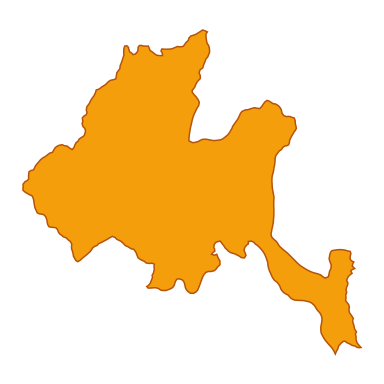 outline of Turmalina, Minas Gerais, Brazil
{"feature_id": "56859067B92924198369136", "entity_name": "Turmalina", "entity_type": "district", "adm_level": 2, "iso_a3": "BRA", "parent_name": "Brazil", "parent_adm1": "Minas Gerais", "projection": "orthographic", "projection_center": [-42.797, -17.256], "detail": "fine", "context": "isolated", "style": "filled", "palette": "amber", "viewbox_px": 384, "rotation_deg": 0, "n_neighbors": 0, "source": "geoboundaries", "source_scale": "gbopen_adm2", "svg_char_len": 5947}
<svg xmlns="http://www.w3.org/2000/svg" viewBox="0 0 384 384"><path d="M23.0,190.3L25.2,192.2L27.2,193.3L29.4,194.7L31.8,195.6L33.1,197.8L33.7,200.4L34.6,206.4L35.3,208.8L36.4,210.8L37.2,212.8L39.5,213.9L42.1,214.2L43.9,214.8L45.7,216.7L46.9,220.0L47.3,222.9L47.9,225.0L49.2,226.9L56.0,227.8L57.5,229.6L58.5,232.3L59.8,234.0L61.6,235.3L63.4,236.9L66.2,237.8L68.4,240.1L70.4,241.5L71.7,243.9L71.5,246.8L71.6,248.8L73.0,253.0L73.4,256.1L75.9,260.6L77.8,261.7L80.0,260.4L83.1,257.6L86.5,254.9L89.9,251.9L91.6,249.7L93.0,247.5L95.1,246.2L97.0,245.5L98.7,243.6L101.7,242.3L107.7,239.1L110.0,237.6L112.4,236.4L115.2,237.6L116.8,239.3L121.0,241.3L123.1,243.2L125.4,245.7L127.3,246.4L129.2,247.5L131.3,248.9L133.6,249.2L135.8,252.0L138.0,257.7L140.1,259.4L144.1,261.2L146.2,263.0L149.4,263.5L151.9,263.2L154.3,264.1L154.0,266.7L154.3,269.6L153.3,273.3L152.1,275.3L152.5,277.4L150.3,283.1L148.6,285.3L146.7,286.5L148.2,288.1L151.7,288.0L154.2,287.7L156.4,287.9L158.6,288.6L160.7,290.1L162.8,290.5L165.9,290.5L168.5,289.6L170.7,288.7L172.7,287.5L174.3,285.1L175.3,281.7L176.7,279.3L179.2,278.8L182.5,280.0L184.1,282.2L184.9,285.1L185.4,287.7L186.3,289.6L187.6,291.2L190.2,293.2L193.6,293.3L195.8,292.1L197.6,290.2L199.3,286.2L201.9,278.9L202.9,276.5L204.1,274.4L205.9,272.4L208.2,271.5L211.0,271.5L214.3,270.7L216.0,269.2L217.5,267.1L220.0,264.7L219.9,260.8L218.8,259.1L217.7,256.9L216.8,254.3L214.4,255.2L211.6,254.3L212.8,252.7L214.8,251.2L214.6,249.0L213.7,247.3L214.5,243.9L216.0,242.3L218.0,241.5L220.2,241.1L224.1,246.2L225.5,248.4L227.0,249.6L228.3,251.1L230.3,252.5L235.1,254.0L238.8,255.9L241.6,257.7L244.5,257.9L246.0,255.3L244.0,249.9L245.1,246.9L246.8,245.0L248.4,243.8L248.3,241.5L251.3,241.1L253.7,242.1L255.2,243.9L257.2,245.3L259.2,247.1L261.4,249.5L263.4,252.1L264.8,254.5L266.3,258.1L267.8,262.9L267.9,265.0L268.5,268.0L269.4,270.8L272.5,277.6L274.4,280.3L277.1,282.3L278.9,284.5L280.0,286.6L280.8,288.9L282.3,291.1L284.5,293.2L288.1,295.1L290.8,298.2L292.8,299.4L294.6,300.1L297.2,300.3L301.9,300.5L304.2,300.7L309.5,301.9L311.9,303.2L314.5,305.6L316.1,308.3L317.7,310.6L319.7,312.7L321.2,315.4L321.9,317.8L322.0,319.8L321.7,322.4L321.1,325.3L320.8,327.5L320.8,330.4L321.2,333.1L323.7,337.9L325.1,340.1L328.9,344.6L330.8,346.6L332.5,348.7L334.2,351.6L335.3,354.0L336.4,351.3L337.8,349.0L338.8,345.6L341.3,343.0L343.2,341.4L345.0,341.2L346.7,342.6L349.8,344.0L352.3,345.5L354.8,345.9L356.7,347.2L359.0,347.7L361.0,347.5L357.4,343.4L356.5,341.2L356.0,339.1L356.1,336.7L355.4,334.0L356.5,331.9L354.6,329.0L354.0,325.9L353.1,323.1L352.6,321.0L353.3,318.4L352.0,316.3L349.5,312.7L348.9,310.1L349.4,307.0L348.6,304.5L345.6,300.7L346.0,297.9L345.7,295.2L346.7,292.3L346.0,289.8L346.6,287.3L347.7,284.7L347.8,282.5L346.7,280.9L347.2,278.8L348.4,276.5L350.0,274.9L352.1,273.3L350.8,271.2L352.0,269.7L354.7,268.6L352.3,266.1L352.8,263.6L353.8,262.0L351.6,260.9L350.2,259.3L350.1,256.6L350.9,253.5L350.2,251.4L347.6,250.9L344.9,250.1L342.2,249.7L339.1,249.6L334.2,250.2L331.8,250.7L330.6,252.2L329.8,254.6L329.1,258.9L330.0,261.9L331.2,264.9L330.9,268.6L329.6,271.1L328.4,276.7L325.3,278.1L322.8,276.7L320.7,274.9L317.1,273.6L314.1,272.9L311.0,271.8L306.7,269.7L301.0,266.1L299.2,264.7L296.7,262.4L294.5,260.1L287.5,253.1L281.9,248.5L280.0,246.7L278.7,245.1L277.5,243.0L275.8,240.9L273.8,239.3L271.6,236.9L271.0,233.8L271.6,231.2L271.9,229.1L272.6,226.2L273.3,222.4L273.8,216.0L273.9,209.7L273.7,205.9L273.7,202.4L274.0,197.3L272.3,188.0L271.9,180.9L272.0,177.4L272.4,175.2L273.1,172.9L273.7,170.2L273.9,168.0L274.4,166.1L274.9,162.5L275.2,157.7L276.1,155.2L279.2,151.0L281.5,149.5L282.8,147.4L284.8,146.0L286.9,145.7L288.6,144.8L289.4,142.8L289.6,140.5L290.4,138.6L291.5,136.4L294.1,132.0L295.4,130.3L296.4,128.3L295.3,123.3L295.1,120.3L294.2,118.0L292.2,117.4L290.2,116.6L288.2,116.4L286.3,116.6L283.8,115.6L282.0,113.1L281.5,110.7L280.8,108.7L279.2,106.5L277.4,105.0L275.5,104.0L273.0,103.6L269.0,101.0L267.0,100.4L264.7,102.1L261.7,106.5L259.8,108.5L257.9,108.4L254.8,107.7L252.0,108.3L247.9,109.7L245.4,109.9L242.0,111.4L240.3,113.6L239.5,115.6L237.7,119.2L232.7,126.3L232.0,128.2L229.8,132.1L227.8,134.8L225.2,137.0L223.0,138.7L220.7,139.8L217.2,140.3L213.7,140.6L209.1,139.8L207.3,139.4L205.4,139.2L202.7,139.3L200.3,140.3L198.0,141.6L195.3,142.3L192.9,142.7L190.5,141.7L188.8,140.7L189.3,135.0L190.4,127.9L191.0,125.6L192.2,120.1L192.8,118.0L193.5,115.7L196.3,109.6L197.2,107.8L198.7,105.6L199.3,102.2L198.1,99.6L196.1,96.8L194.1,94.7L192.3,92.4L192.2,90.3L193.5,88.9L194.8,87.0L195.9,84.2L196.8,82.5L198.1,80.8L200.2,78.7L200.4,76.0L199.1,72.8L200.1,69.8L202.7,68.0L203.4,65.5L205.1,61.3L206.0,58.9L207.7,57.0L209.6,52.2L209.5,49.3L209.1,47.1L208.4,45.1L207.2,43.6L206.5,40.5L206.0,37.3L206.0,33.9L207.4,31.9L204.8,30.7L202.5,30.0L200.7,31.3L195.9,34.3L193.2,35.3L190.8,36.0L188.9,38.1L188.3,40.4L186.4,42.1L185.0,43.9L183.4,46.3L180.5,46.9L177.4,46.5L172.0,48.8L169.7,49.1L166.8,49.2L164.4,49.2L161.8,49.0L161.0,51.0L162.3,53.2L162.5,55.6L159.3,55.6L156.3,55.1L151.9,51.6L150.1,50.5L148.4,46.1L143.4,46.1L141.4,45.4L139.3,45.6L138.1,47.3L137.9,50.7L136.8,52.5L135.2,54.1L133.0,54.6L131.5,52.9L129.7,51.9L128.8,49.3L128.4,47.3L126.9,45.8L124.8,46.0L123.9,48.5L123.7,52.2L123.9,55.1L121.7,61.9L120.1,66.0L119.9,68.6L116.8,72.8L115.9,78.8L113.4,79.7L110.5,80.3L108.2,81.8L106.7,83.5L105.2,84.8L103.5,85.9L101.8,86.9L99.9,88.5L98.2,89.4L96.2,90.0L95.4,92.9L93.8,96.1L92.0,98.4L90.5,100.8L89.4,103.3L86.8,106.9L86.3,109.7L87.0,112.9L86.0,114.9L83.6,116.3L82.3,118.1L82.8,121.3L82.1,123.7L82.9,126.4L84.8,128.4L85.5,130.7L85.1,133.1L84.2,135.6L81.6,137.4L79.2,139.0L78.0,141.2L76.0,142.7L74.9,145.0L73.9,147.6L72.1,149.6L69.8,148.2L67.2,146.1L64.4,145.7L62.1,144.7L59.1,145.3L56.7,146.5L55.0,147.9L52.4,152.4L49.7,153.1L45.1,156.7L42.5,158.1L40.5,159.8L36.6,164.4L35.2,166.3L34.3,168.4L33.2,170.1L31.2,170.4L29.0,171.7L28.5,176.4L28.7,178.7L27.5,180.4L25.0,181.7L23.1,184.1L23.0,190.3Z" fill="#f59e0b" stroke="#b45309" stroke-width="1.5"/></svg>